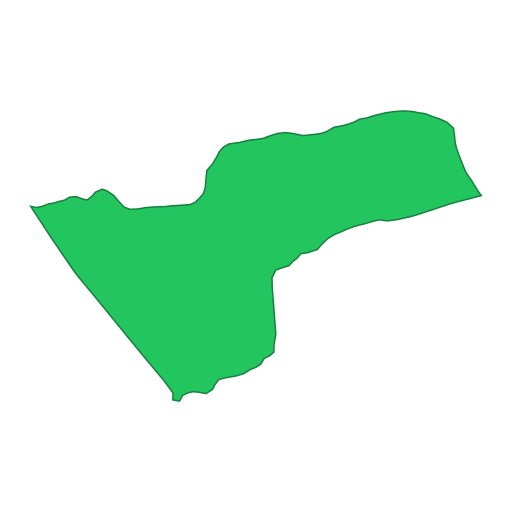 Cabaceiras do Paraguaçu, Bahia, Brazil (orthographic projection)
{"feature_id": "56859067B16616636185997", "entity_name": "Cabaceiras do Paraguaçu", "entity_type": "district", "adm_level": 2, "iso_a3": "BRA", "parent_name": "Brazil", "parent_adm1": "Bahia", "projection": "orthographic", "projection_center": [-39.188, -12.575], "detail": "fine", "context": "isolated", "style": "filled", "palette": "green", "viewbox_px": 512, "rotation_deg": 0, "n_neighbors": 0, "source": "geoboundaries", "source_scale": "gbopen_adm2", "svg_char_len": 1744}
<svg xmlns="http://www.w3.org/2000/svg" viewBox="0 0 512 512"><path d="M359.6,119.2L354.2,122.0L348.8,124.0L342.9,125.6L333.9,127.3L326.4,131.7L320.9,133.5L313.6,134.5L302.9,135.6L293.1,133.5L286.0,132.6L277.7,133.4L270.1,135.8L263.1,138.4L257.2,139.3L249.4,140.1L239.3,142.5L229.0,143.9L223.5,147.0L219.2,151.9L216.1,158.1L212.5,163.9L206.8,170.6L205.9,179.7L205.2,188.0L203.1,194.0L199.7,197.9L195.2,202.3L190.0,204.6L183.5,205.1L176.9,205.5L171.7,205.8L165.0,206.6L154.1,206.9L145.8,207.6L137.4,209.0L130.0,209.3L124.1,207.1L118.7,201.3L113.7,195.4L106.8,190.8L102.2,189.2L95.4,192.2L92.1,196.1L87.1,200.0L81.9,198.8L76.4,196.6L69.4,197.2L64.6,200.2L59.5,201.3L54.0,203.0L48.6,203.9L42.1,206.4L36.5,207.5L30.7,206.4L51.1,237.6L68.7,263.4L74.6,272.0L77.8,276.1L87.0,287.2L93.9,295.5L98.4,301.0L128.4,337.8L147.9,361.5L163.6,380.2L173.0,393.0L172.8,399.9L179.5,401.1L182.8,395.2L188.0,392.8L193.0,391.7L198.7,392.2L206.1,393.6L212.5,389.4L214.9,384.7L218.8,379.5L227.5,377.4L236.0,376.0L244.1,373.5L249.9,369.7L256.1,367.2L260.6,364.3L264.2,358.4L269.9,355.6L273.9,352.1L273.9,345.6L275.8,334.0L273.1,298.7L272.2,286.9L272.0,277.8L275.8,270.0L283.4,267.4L288.8,265.8L292.9,261.4L296.9,258.4L300.9,253.7L307.6,252.7L312.4,251.1L317.4,249.5L322.1,243.9L328.0,238.4L334.5,234.5L340.7,232.0L347.7,228.8L354.2,226.5L359.1,225.1L364.2,223.9L372.1,221.5L379.6,219.8L387.0,220.9L397.2,219.6L411.8,216.3L417.5,214.6L452.1,203.2L481.3,195.6L477.5,190.2L471.6,180.6L466.1,172.8L461.6,162.0L456.7,148.9L455.2,142.6L454.5,135.7L453.5,128.2L446.7,122.1L439.0,118.7L433.2,116.8L425.1,113.7L418.4,112.7L412.9,111.6L404.8,110.9L394.0,111.6L386.2,112.7L378.9,114.4L371.6,116.3L367.0,117.9L359.6,119.2Z" fill="#22c55e" stroke="#15803d" stroke-width="1.5"/></svg>